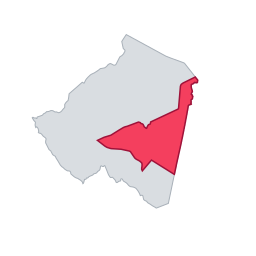 Adrar on a map of Algeria (Albers equal-area conic projection), rotated 245°
{"feature_id": "DZA-2143", "entity_name": "Adrar", "entity_type": "Province", "adm_level": 1, "iso_a3": "DZA", "parent_name": "Algeria", "parent_adm1": "", "projection": "albers", "projection_center": [0.561, 25.317], "detail": "fine", "context": "in_parent", "style": "filled", "palette": "rose", "viewbox_px": 256, "rotation_deg": 245, "n_neighbors": 0, "source": "natural_earth", "source_scale": "10m", "svg_char_len": 6462}
<svg xmlns="http://www.w3.org/2000/svg" viewBox="0 0 256 256"><g transform="rotate(245 128 128)"><path d="M177.7,45.5L177.9,45.9L177.9,46.4L177.3,46.8L176.8,47.1L176.3,48.3L175.3,49.1L175.2,49.4L175.2,49.6L175.9,49.9L176.2,50.2L176.3,50.7L176.1,52.3L175.8,55.2L175.8,55.8L176.1,56.6L176.4,57.1L176.6,57.8L176.6,59.4L176.9,60.3L177.2,61.2L176.7,62.3L176.5,63.2L176.4,64.6L176.4,65.5L176.0,66.3L175.5,67.1L174.9,67.6L174.2,68.0L173.4,68.6L172.8,70.0L171.4,71.3L171.1,71.7L171.0,72.7L171.1,74.0L171.4,75.0L172.2,76.5L172.9,78.1L173.2,79.0L173.4,79.3L174.3,79.8L175.9,80.5L176.2,80.8L177.0,81.9L177.9,84.0L178.2,85.3L181.0,87.3L183.8,89.0L184.0,89.3L185.8,95.6L186.4,97.8L188.8,105.9L188.1,106.4L187.2,107.0L187.9,108.1L189.3,109.8L190.1,111.2L190.4,111.9L191.1,113.6L191.7,115.4L191.9,115.9L192.2,117.3L192.2,121.0L192.9,125.7L193.5,128.0L192.9,130.2L192.4,132.3L192.5,133.3L193.0,134.9L193.4,136.1L193.9,136.7L194.0,138.7L193.8,139.4L192.5,140.5L191.0,141.6L190.6,142.4L190.5,143.4L190.8,144.1L195.8,150.5L196.0,151.2L196.2,153.1L197.1,155.4L198.0,156.4L198.4,157.2L199.0,157.7L199.6,158.0L200.0,158.1L202.0,157.3L205.6,158.1L209.0,158.9L209.2,159.1L211.4,162.6L213.4,165.9L177.1,192.7L173.0,196.6L163.5,206.1L162.7,206.6L149.6,209.7L142.8,211.2L142.5,211.2L142.1,211.3L141.8,211.3L141.2,211.0L140.5,210.5L140.0,210.2L139.9,209.8L140.1,209.2L140.5,208.7L140.6,208.3L140.8,208.0L141.1,207.8L141.1,207.4L140.9,206.8L140.6,206.0L140.6,204.6L140.6,203.9L140.0,203.4L138.8,202.8L137.7,202.5L137.2,202.4L136.0,202.2L134.3,201.8L133.7,201.5L132.6,200.2L132.1,199.9L129.5,199.7L128.7,199.5L128.0,199.2L127.4,198.7L127.1,198.0L127.0,197.4L126.8,197.1L124.0,195.7L123.3,195.2L122.9,194.7L122.9,194.1L123.0,193.2L122.9,192.5L122.8,192.1L75.6,157.3L73.1,155.5L67.5,151.3L42.6,132.7L43.4,120.5L43.5,119.8L43.7,119.6L44.5,119.2L45.9,118.2L46.4,117.8L47.0,117.4L49.2,116.1L49.7,115.8L51.9,114.3L52.4,114.1L53.5,114.0L54.0,113.7L54.6,113.1L55.6,112.4L56.2,112.1L56.3,112.1L56.7,112.0L58.6,112.4L59.4,112.6L60.3,112.8L60.7,112.7L60.9,112.5L61.3,112.0L61.4,111.4L61.5,110.9L61.5,110.6L62.1,110.6L62.7,110.7L63.8,110.7L64.2,110.7L65.5,110.6L67.3,110.4L70.0,109.7L71.2,108.8L72.2,107.9L73.2,106.4L74.0,105.2L75.5,104.4L76.8,104.0L77.5,103.9L79.2,103.2L81.9,101.4L84.1,101.2L84.4,101.0L84.7,100.7L84.8,100.1L84.4,99.6L84.0,99.4L83.7,99.2L83.3,99.1L83.2,98.8L83.3,98.3L83.4,97.8L83.6,97.3L83.5,96.6L83.2,95.9L83.2,95.4L83.2,95.0L83.4,94.6L83.8,94.3L84.4,94.3L85.1,94.4L86.4,94.3L89.8,93.2L90.0,92.8L90.2,92.0L90.5,91.3L90.8,91.1L91.0,91.0L93.7,90.6L94.3,90.6L99.2,90.9L103.4,91.1L103.8,91.0L103.8,90.4L103.5,89.5L103.7,88.9L104.3,88.3L105.1,87.7L104.8,86.9L104.2,86.4L103.3,85.8L102.9,85.5L102.1,84.8L101.7,83.9L101.4,82.1L100.8,81.1L100.5,79.9L100.9,77.6L100.3,76.2L100.3,75.7L100.3,75.0L100.4,73.8L100.4,72.1L99.7,70.3L100.1,69.7L100.2,69.4L100.2,69.2L99.6,68.6L99.3,68.1L99.5,67.7L99.8,67.1L99.8,66.8L98.8,66.1L97.3,64.8L96.8,64.3L96.6,63.6L98.1,63.8L98.9,63.7L100.8,62.9L102.2,61.9L103.4,61.3L104.4,60.2L105.3,59.4L106.6,58.6L110.3,56.9L110.9,56.9L112.1,57.3L113.2,57.2L113.9,56.6L114.7,55.1L115.9,54.2L117.4,53.3L119.5,52.5L120.8,51.7L123.0,51.0L128.4,50.5L131.1,50.1L133.0,50.2L134.9,48.9L135.8,48.5L139.9,48.3L141.8,47.3L149.2,47.1L150.1,47.4L151.0,47.9L152.5,49.0L153.3,49.2L154.2,48.9L156.4,47.7L159.0,47.1L160.3,46.3L160.9,45.3L162.0,44.9L162.7,45.7L165.4,46.3L167.0,46.0L167.7,45.7L167.4,44.6L169.1,44.8L170.4,45.3L171.9,46.3L172.8,46.5L174.4,45.9L177.7,45.5Z" fill="#d9dde1" stroke="#a8b0b8" stroke-width="1"/><path d="M73.1,155.5L71.7,154.4L70.3,153.4L68.9,152.3L67.5,151.3L66.6,150.6L66.4,150.4L66.5,150.3L89.0,135.7L83.1,122.9L84.7,122.9L86.1,123.6L86.9,124.2L88.9,125.3L90.5,125.7L92.5,124.9L93.7,124.2L96.2,122.3L97.3,121.7L98.2,121.4L105.6,120.2L106.6,119.4L111.7,112.7L116.5,103.9L119.2,100.9L120.0,100.3L121.5,99.3L129.7,95.1L129.7,102.4L128.7,109.4L129.9,119.1L130.4,124.1L130.3,126.0L129.9,128.0L129.0,139.6L129.0,139.8L128.9,140.1L128.7,140.3L128.4,140.7L128.1,140.9L127.6,141.5L126.6,141.6L126.4,141.8L125.9,142.5L125.7,142.7L125.6,142.8L125.3,143.0L124.7,143.2L123.5,143.2L123.4,143.2L123.1,143.3L122.5,143.2L121.9,143.3L121.2,143.8L120.6,144.0L120.2,144.2L120.0,144.4L119.9,144.6L119.9,144.8L120.0,144.9L120.7,145.6L122.0,147.3L122.1,147.5L122.2,147.8L122.3,148.0L122.3,148.6L122.2,149.5L122.3,149.9L123.7,151.0L123.9,151.1L123.9,151.3L124.0,181.4L124.2,181.7L124.6,182.2L143.6,193.1L144.5,193.9L145.1,194.8L145.5,196.9L145.8,210.5L145.2,210.6L143.7,211.0L142.8,211.2L142.1,211.4L141.9,211.4L141.7,211.3L141.5,211.2L140.9,210.7L140.5,210.5L140.4,210.4L140.2,210.3L140.0,210.2L139.9,209.9L139.9,209.6L140.1,209.4L140.1,209.2L140.3,209.1L140.5,208.9L140.5,208.7L140.5,208.4L140.6,208.2L140.8,208.1L140.9,207.9L141.1,207.8L141.2,207.6L141.2,207.4L140.9,207.1L140.9,206.9L140.9,206.7L140.7,206.4L140.6,206.1L140.6,205.8L140.7,203.9L140.6,203.7L140.4,203.6L140.1,203.5L140.0,203.4L139.5,203.1L138.4,202.6L136.0,202.1L135.5,202.1L134.7,202.0L134.5,201.9L134.1,201.8L134.0,201.7L133.8,201.7L133.6,201.6L133.2,200.9L132.9,200.5L132.6,200.2L132.0,199.7L131.9,199.6L131.7,199.6L131.3,199.8L131.0,200.1L130.8,200.2L130.6,200.2L130.1,200.0L129.9,199.9L129.7,199.9L129.5,200.0L129.4,200.1L129.2,200.1L129.1,199.8L129.0,199.6L128.9,199.5L128.6,199.5L128.4,199.5L128.2,199.4L127.2,198.6L127.1,198.4L127.1,197.7L127.1,197.4L126.9,197.2L126.3,196.7L126.0,196.6L125.7,196.5L125.5,196.4L125.4,196.4L125.0,196.3L124.7,196.2L124.4,195.9L124.2,195.6L123.9,195.4L123.7,195.5L123.4,195.5L123.2,195.5L122.9,195.5L122.8,195.3L122.8,195.1L122.8,194.9L123.0,194.1L123.1,193.1L123.0,192.9L122.9,192.3L122.8,192.1L121.8,191.4L121.0,190.9L120.3,190.4L119.5,189.9L118.8,189.4L118.1,188.8L117.3,188.3L116.6,187.8L115.8,187.3L115.1,186.8L114.4,186.2L113.6,185.7L113.0,185.3L112.9,185.2L112.2,184.7L111.4,184.1L110.7,183.6L110.0,183.1L109.2,182.6L108.5,182.0L107.8,181.5L107.0,181.0L106.3,180.5L105.6,179.9L104.9,179.4L104.1,178.9L103.4,178.3L102.7,177.8L101.9,177.3L101.2,176.7L100.5,176.2L99.8,175.7L99.1,175.2L98.3,174.6L97.6,174.1L96.9,173.6L96.2,173.0L95.4,172.5L94.7,171.9L94.0,171.4L93.3,170.9L92.6,170.3L91.9,169.8L91.1,169.3L90.4,168.7L89.7,168.2L89.0,167.6L88.3,167.1L87.6,166.6L86.9,166.0L86.2,165.5L85.6,165.0L84.9,164.5L84.3,164.0L83.6,163.5L83.0,163.0L82.3,162.5L81.7,162.0L81.0,161.5L80.4,161.0L79.7,160.5L79.1,160.0L78.4,159.5L77.8,159.0L77.1,158.5L76.5,158.0L75.6,157.3L75.0,156.9L74.4,156.4L73.7,155.9L73.1,155.5Z" fill="#f43f5e" stroke="#9f1239" stroke-width="1.5"/></g></svg>